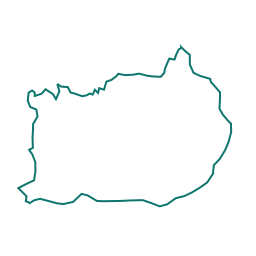 outline of Theletra, Paphos, Cyprus, rotated 277°
{"feature_id": "46923920B20325218232467", "entity_name": "Theletra", "entity_type": "district", "adm_level": 2, "iso_a3": "CYP", "parent_name": "Cyprus", "parent_adm1": "Paphos", "projection": "robinson", "projection_center": [32.457, 34.915], "detail": "fine", "context": "isolated", "style": "outline", "palette": "teal", "viewbox_px": 256, "rotation_deg": 277, "n_neighbors": 0, "source": "geoboundaries", "source_scale": "gbopen_adm2", "svg_char_len": 1317}
<svg xmlns="http://www.w3.org/2000/svg" viewBox="0 0 256 256"><g transform="rotate(277 128 128)"><path d="M41.4,39.4L44.9,43.8L47.0,49.4L44.6,67.0L44.6,73.0L47.9,82.5L57.0,90.0L56.1,96.3L51.8,106.0L52.3,112.3L54.8,130.1L56.3,138.6L58.2,151.4L56.7,158.7L54.1,169.1L57.0,176.1L64.2,184.1L67.2,192.0L71.8,199.3L77.9,207.0L83.7,213.3L85.5,214.2L92.9,217.9L101.5,217.7L108.4,222.8L117.9,227.1L126.3,229.5L136.5,230.9L144.8,229.7L147.4,226.4L153.0,220.3L158.4,216.4L168.9,215.7L174.6,215.0L179.6,209.5L183.9,204.6L186.8,203.6L188.4,193.5L190.8,186.3L198.4,181.7L208.1,180.4L211.5,175.1L214.6,171.2L214.1,171.4L212.2,168.8L207.4,167.1L201.6,165.8L201.9,160.5L195.8,158.7L191.4,157.5L187.0,157.2L182.8,154.3L182.2,146.6L182.2,141.0L183.3,132.4L181.5,126.4L180.1,118.6L180.6,111.7L178.2,110.3L173.7,105.7L171.4,100.9L163.1,99.5L164.0,94.5L159.1,94.0L161.9,90.4L156.9,88.9L157.5,85.8L155.3,82.8L154.0,78.7L155.6,71.1L156.2,66.7L161.3,63.2L160.9,56.7L162.7,53.3L162.3,52.8L156.0,55.4L147.8,53.0L152.5,49.3L156.4,41.4L151.5,38.1L148.4,31.5L151.9,31.0L153.5,28.2L151.0,25.1L143.1,25.1L137.0,28.4L135.1,34.8L128.4,36.8L120.2,33.3L115.3,33.9L106.9,34.4L96.7,36.0L94.3,32.5L90.2,36.2L83.0,40.1L74.0,41.4L64.6,41.2L60.1,33.9L55.0,26.5L47.9,35.6L42.8,35.5L42.4,37.8L41.4,39.4Z" fill="none" stroke="#0f766e" stroke-width="2"/></g></svg>